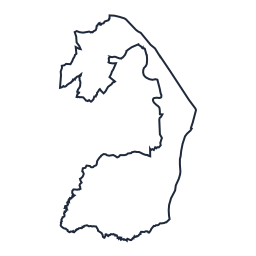 Calamar, Bolívar, Colombia
{"feature_id": "7082276B23618457670611", "entity_name": "Calamar", "entity_type": "district", "adm_level": 2, "iso_a3": "COL", "parent_name": "Colombia", "parent_adm1": "Bolívar", "projection": "robinson", "projection_center": [-75.024, 10.234], "detail": "fine", "context": "isolated", "style": "outline", "palette": "slate", "viewbox_px": 256, "rotation_deg": 0, "n_neighbors": 0, "source": "geoboundaries", "source_scale": "gbopen_adm2", "svg_char_len": 5688}
<svg xmlns="http://www.w3.org/2000/svg" viewBox="0 0 256 256"><path d="M109.6,15.4L109.5,18.5L109.1,18.7L109.1,19.5L108.3,20.3L104.7,21.5L103.6,23.3L101.2,23.9L101.0,24.7L100.3,24.8L99.6,24.1L99.6,23.0L98.8,23.3L97.3,25.3L97.3,26.4L97.0,25.7L96.6,26.1L96.4,28.4L95.6,30.2L93.7,31.2L92.6,32.3L91.5,32.3L91.3,32.7L91.3,32.2L90.6,32.4L90.2,32.0L89.1,31.6L83.6,32.6L81.9,32.5L79.6,32.2L76.7,31.1L74.7,32.1L76.2,36.6L76.6,42.4L79.2,45.9L80.6,49.1L78.8,48.7L75.7,47.0L76.4,53.8L75.1,54.8L74.1,57.5L73.4,58.2L72.2,61.2L70.5,64.2L66.1,63.9L64.3,65.3L61.8,65.8L62.0,67.8L60.7,71.6L61.0,75.2L60.0,87.8L61.9,87.3L63.4,86.1L64.1,86.7L65.3,86.5L66.2,86.0L67.1,84.9L69.6,83.2L70.8,82.7L71.2,82.0L71.9,81.6L72.9,79.8L73.3,80.3L74.2,79.2L74.6,79.1L74.9,79.3L75.0,78.5L75.6,78.4L76.0,77.6L77.2,76.6L78.8,76.1L81.0,74.3L80.7,75.7L79.6,76.7L79.3,77.7L79.6,78.5L79.6,80.3L80.1,81.0L80.4,82.5L80.1,86.0L79.7,87.1L78.0,89.6L77.2,91.8L79.1,92.5L78.8,93.2L77.4,94.1L76.6,97.0L77.6,97.2L78.6,96.8L79.8,97.3L81.1,97.1L83.3,97.4L86.2,100.7L86.8,100.6L87.8,101.1L89.1,100.1L90.7,101.6L91.3,101.6L93.4,99.4L94.3,96.5L95.8,96.5L96.1,95.1L96.7,94.9L97.0,94.3L97.1,92.7L98.4,91.3L98.7,90.4L99.2,89.7L99.9,89.1L101.3,91.1L103.6,93.3L105.4,91.5L108.0,86.9L111.6,84.2L112.7,82.5L114.2,82.1L115.0,81.5L109.5,77.1L111.1,74.2L111.9,71.6L113.1,69.8L116.0,63.2L112.5,63.4L109.6,62.9L108.5,62.3L109.0,60.9L108.7,58.5L108.8,58.0L109.0,57.6L109.0,57.9L109.8,57.4L109.6,57.2L109.9,57.0L110.7,57.0L110.5,56.8L112.2,57.2L113.6,56.8L115.3,56.8L119.4,58.4L120.0,58.3L121.2,58.6L122.1,57.7L122.6,57.6L124.8,55.2L126.3,52.1L126.4,51.0L126.9,50.8L127.4,50.2L131.7,47.2L138.2,44.4L138.2,44.7L140.6,46.1L141.8,47.2L142.4,48.5L142.3,48.9L142.9,47.9L143.0,48.4L144.3,48.6L143.5,48.3L143.6,48.1L144.8,48.7L146.5,54.9L146.8,55.0L147.1,59.6L146.8,63.8L146.0,65.8L143.9,68.1L143.3,69.9L143.1,72.3L143.7,74.9L145.0,76.6L146.2,77.6L149.4,79.2L152.5,79.8L155.6,79.2L157.4,79.7L159.8,89.0L160.6,93.2L161.4,95.2L161.3,96.9L160.8,97.6L159.5,98.0L156.9,97.7L154.5,98.0L153.6,98.3L152.9,99.6L153.2,101.2L154.0,102.6L156.6,105.1L158.0,106.0L159.4,107.7L159.8,110.3L159.9,114.2L162.4,114.4L160.9,117.0L159.9,117.7L159.4,118.8L159.3,120.2L159.9,134.4L161.9,137.9L160.3,142.9L160.7,145.3L158.8,147.4L157.3,147.2L156.4,148.2L155.2,147.3L153.8,150.0L152.2,149.1L150.8,150.2L150.1,149.0L150.2,156.3L148.1,155.6L147.7,155.0L145.6,154.9L143.4,154.1L139.3,152.1L136.1,151.9L134.8,151.6L131.8,152.3L131.2,153.1L127.9,153.5L126.5,154.6L124.7,155.1L120.3,155.1L119.7,155.5L119.2,156.4L117.7,157.3L117.0,157.3L115.1,155.9L113.1,155.0L109.1,155.7L106.9,155.2L105.8,154.3L103.5,154.1L101.0,155.8L100.7,156.6L99.9,157.1L97.9,159.9L97.2,161.1L96.6,164.5L96.1,165.3L94.0,166.2L93.2,167.1L91.9,167.3L90.9,167.1L89.9,166.0L86.5,165.6L85.4,167.8L82.8,168.3L82.3,171.4L82.8,171.6L83.7,173.6L83.7,174.2L82.7,176.6L80.9,178.4L80.0,178.8L80.5,180.7L81.6,182.6L79.9,184.2L79.5,185.7L80.2,186.8L80.1,187.6L80.5,188.8L79.3,189.5L78.5,189.3L77.6,189.7L73.5,189.4L72.3,190.9L72.2,193.0L73.1,194.2L73.0,194.8L74.5,195.4L73.5,196.2L73.2,196.1L73.0,196.4L72.4,196.1L72.3,197.3L71.8,197.4L71.6,197.8L71.1,197.9L71.1,198.2L70.8,198.1L70.4,198.4L70.0,198.2L69.9,198.7L69.4,198.9L69.5,199.2L69.3,199.2L69.1,200.5L68.8,200.4L68.8,200.8L68.6,200.8L68.9,202.1L68.0,201.8L67.6,202.1L68.0,202.3L67.6,202.5L67.4,203.2L67.8,203.5L68.0,204.4L67.6,204.8L67.5,205.3L67.2,205.3L66.4,206.0L66.0,206.0L66.3,206.8L65.8,206.6L65.7,207.0L65.4,206.7L65.1,207.3L65.4,207.2L65.3,207.5L65.6,207.8L65.4,208.0L65.1,207.7L65.1,208.2L66.4,208.7L66.8,209.3L66.4,209.3L66.7,209.7L66.3,210.8L65.1,211.5L65.1,211.8L64.6,211.6L64.0,213.7L64.4,214.2L64.5,216.0L63.9,216.7L62.6,217.2L62.6,217.7L61.5,219.4L61.4,220.4L61.8,221.1L61.3,221.4L61.3,222.1L60.9,222.6L61.2,223.3L61.0,223.5L60.7,225.4L61.3,226.4L62.6,227.5L64.3,228.5L65.7,228.6L66.3,229.4L67.4,229.9L67.7,230.2L67.7,231.1L69.4,232.2L70.2,231.7L70.3,231.8L71.1,231.1L71.0,231.3L72.2,231.7L72.9,231.2L73.0,231.6L73.3,231.5L73.6,232.2L74.2,232.2L74.6,231.6L75.3,231.2L75.7,230.3L76.1,230.2L76.2,229.7L77.1,229.1L77.6,229.0L77.8,229.3L78.5,228.8L78.8,228.3L80.8,228.0L81.7,228.2L82.5,227.4L82.5,226.8L83.6,227.0L84.2,225.9L87.0,225.3L89.0,226.3L90.7,226.0L92.2,226.5L92.8,226.2L96.1,226.5L97.6,229.0L98.0,230.0L98.0,230.7L101.6,233.1L102.6,234.9L102.9,236.8L104.2,237.8L104.5,237.7L105.6,235.3L105.5,234.5L106.0,234.2L106.7,234.5L106.9,235.0L108.2,236.1L108.8,235.6L109.1,235.0L110.0,235.0L110.8,234.1L112.3,234.4L113.4,234.1L113.8,234.5L114.7,234.5L115.2,235.6L116.3,235.2L116.7,235.3L117.6,237.1L117.6,238.0L118.3,237.9L118.7,238.6L119.4,237.4L119.7,237.4L120.0,237.8L120.2,237.5L120.9,237.6L120.3,238.4L121.0,238.6L120.9,239.0L120.5,239.1L120.9,239.8L121.6,239.4L123.0,239.2L123.7,239.8L124.2,239.7L124.3,239.4L125.1,239.9L125.8,239.8L126.8,240.6L126.9,239.4L127.4,238.8L130.5,240.1L131.4,240.0L132.7,238.3L133.4,238.4L133.4,237.7L133.9,237.5L134.3,236.6L134.5,237.0L135.1,237.0L136.2,236.2L136.7,236.6L138.4,235.7L139.2,234.6L140.6,233.9L140.3,233.1L141.1,231.8L144.3,232.0L145.5,231.4L146.8,231.3L147.7,231.5L148.4,232.5L149.1,232.6L150.7,230.4L151.3,228.9L153.8,225.9L154.9,226.1L156.0,225.2L157.0,225.3L158.5,224.9L160.1,223.3L161.5,223.4L164.1,223.0L165.9,222.2L166.3,222.3L169.6,219.2L169.0,215.6L168.7,210.2L169.1,205.0L171.0,198.3L175.1,190.5L175.8,185.4L178.9,178.6L180.1,174.3L180.4,171.4L179.9,164.6L179.9,159.0L180.6,156.4L181.2,150.9L182.6,143.8L185.0,136.4L187.0,133.7L190.5,130.5L191.7,128.6L190.9,128.1L192.7,122.6L196.0,110.1L195.4,108.5L189.1,100.1L169.6,70.3L160.2,56.4L160.1,56.6L155.0,48.4L150.6,44.8L140.8,32.9L137.8,31.3L135.8,29.7L125.8,19.2L124.2,18.3L119.2,16.8L114.5,15.7L109.6,15.4Z" fill="none" stroke="#1e293b" stroke-width="2"/></svg>